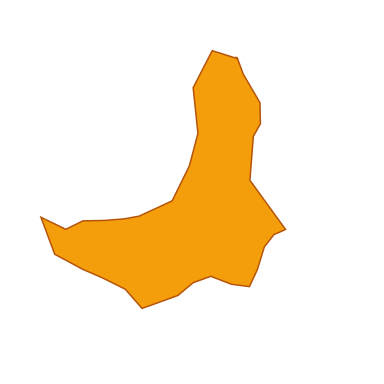 outline of Dongnae-gu, Busan, South Korea, rotated 128°
{"feature_id": "91817680B12008242239928", "entity_name": "Dongnae-gu", "entity_type": "district", "adm_level": 2, "iso_a3": "KOR", "parent_name": "South Korea", "parent_adm1": "Busan", "projection": "equal_earth", "projection_center": [129.073, 35.197], "detail": "fine", "context": "isolated", "style": "filled", "palette": "amber", "viewbox_px": 384, "rotation_deg": 128, "n_neighbors": 0, "source": "geoboundaries", "source_scale": "gbopen_adm2", "svg_char_len": 592}
<svg xmlns="http://www.w3.org/2000/svg" viewBox="0 0 384 384"><g transform="rotate(128 192 192)"><path d="M314.5,159.7L282.2,139.4L262.6,135.2L246.9,125.3L240.4,104.1L231.2,88.5L213.0,92.7L190.7,101.2L175.1,101.2L163.9,95.2L147.1,153.6L110.4,177.9L96.1,180.1L79.8,193.4L67.5,224.3L58.4,239.0L58.7,239.8L59.2,239.0L68.1,262.8L68.2,263.1L109.1,255.3L142.2,223.4L172.9,210.2L211.1,202.2L243.6,218.8L255.1,229.1L268.5,243.7L281.9,260.2L299.1,268.5L304.5,293.6L304.9,295.5L325.6,261.8L320.1,230.0L314.9,210.2L309.7,184.7L314.5,159.7Z" fill="#f59e0b" stroke="#b45309" stroke-width="1.5"/></g></svg>